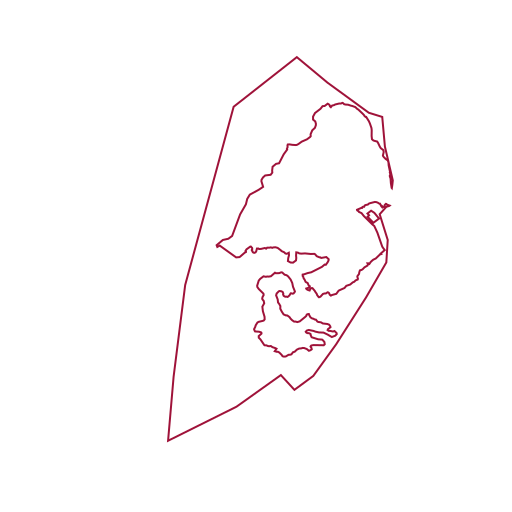 the district of Zemam Out, Al Fayyum, Egypt, rotated 320°
{"feature_id": "37247803B45128523411897", "entity_name": "Zemam Out", "entity_type": "district", "adm_level": 2, "iso_a3": "EGY", "parent_name": "Egypt", "parent_adm1": "Al Fayyum", "projection": "orthographic", "projection_center": [30.662, 29.347], "detail": "fine", "context": "isolated", "style": "outline", "palette": "rose", "viewbox_px": 512, "rotation_deg": 320, "n_neighbors": 0, "source": "geoboundaries", "source_scale": "gbopen_adm2", "svg_char_len": 6131}
<svg xmlns="http://www.w3.org/2000/svg" viewBox="0 0 512 512"><g transform="rotate(320 256 256)"><path d="M390.8,303.3L389.8,301.6L389.3,300.5L389.3,299.9L389.0,299.5L387.3,299.7L386.6,300.4L385.4,300.6L384.9,300.1L384.7,299.0L384.0,299.5L384.0,298.1L384.6,295.8L384.3,295.7L383.6,293.5L382.9,292.2L381.8,291.0L377.0,288.7L376.0,288.4L374.7,288.5L372.9,287.5L371.8,287.2L370.5,287.8L369.7,287.1L369.0,286.9L368.3,287.4L367.4,286.8L363.1,285.5L362.9,285.8L362.9,286.5L363.4,287.6L363.2,288.4L364.4,291.0L364.3,294.7L365.4,306.4L365.9,309.0L364.0,316.1L358.9,329.5L358.6,330.7L358.4,334.2L353.1,334.3L353.1,335.0L351.8,334.5L346.1,334.9L343.5,334.2L341.6,334.2L340.0,334.3L337.6,335.0L337.4,334.7L337.4,333.9L336.7,333.3L336.4,334.4L335.3,335.0L331.8,334.4L329.2,334.7L327.8,334.5L326.6,333.8L326.2,333.9L324.6,334.9L323.4,336.0L320.8,336.6L320.3,337.0L319.5,338.9L318.8,339.4L316.6,338.7L314.7,338.9L313.2,338.4L309.8,338.4L306.0,336.9L303.2,337.4L297.7,335.8L296.9,335.7L293.2,336.6L290.4,335.3L288.8,334.6L287.9,334.5L287.6,333.1L288.1,331.4L287.9,330.3L287.5,329.8L285.4,329.6L284.3,328.7L282.9,328.1L279.2,328.6L277.7,328.1L277.6,327.8L277.7,325.3L278.2,324.0L278.4,321.4L278.6,320.5L278.6,317.0L278.3,316.5L277.5,316.2L276.3,316.2L274.9,316.9L274.0,315.5L273.4,313.9L273.6,313.2L276.3,314.3L277.5,314.1L277.8,313.7L277.4,312.6L278.2,309.8L277.6,308.5L277.4,307.6L278.1,305.1L278.1,303.9L278.9,302.1L278.9,301.3L279.4,300.7L279.8,300.2L280.1,300.3L280.9,300.9L284.4,302.2L287.9,304.0L299.5,306.7L303.1,306.7L303.8,307.6L306.7,306.9L308.6,306.1L309.4,305.4L309.6,305.2L309.2,302.0L304.7,299.4L304.3,298.2L303.8,297.9L302.4,295.2L302.4,292.8L302.1,291.9L299.3,289.7L295.2,285.5L292.2,283.3L290.8,281.8L290.3,280.4L289.2,279.1L286.9,281.5L285.6,283.4L283.8,285.1L280.1,284.9L278.3,283.2L277.2,280.4L279.4,278.3L281.8,276.6L283.2,274.6L281.3,274.2L280.7,273.8L280.1,272.8L280.0,271.3L278.7,268.6L278.7,267.7L277.8,263.7L276.5,261.8L274.7,260.5L273.7,260.2L272.9,258.9L271.7,258.3L269.9,256.8L268.5,256.9L268.3,256.6L268.0,255.6L264.4,253.8L262.8,252.6L262.7,251.9L261.5,250.9L259.1,252.6L258.0,252.9L256.9,252.6L256.2,251.8L256.0,251.0L256.4,250.1L256.3,249.3L256.5,248.8L256.7,248.6L257.6,248.3L258.2,247.3L258.1,245.4L257.5,245.1L253.0,244.8L251.2,245.4L251.1,246.3L250.9,246.5L249.5,246.2L243.3,246.3L242.6,246.2L239.9,244.3L234.9,224.7L232.2,224.2L232.8,222.4L240.9,222.4L245.9,225.0L250.6,225.3L270.6,213.9L281.5,209.9L286.0,206.6L290.7,205.0L300.5,207.0L305.9,207.6L308.2,202.2L309.2,201.2L311.9,200.3L314.8,200.2L319.4,203.2L322.1,202.6L323.3,200.9L326.1,198.3L330.6,198.3L333.3,199.8L342.6,195.9L348.3,194.5L348.5,193.8L350.2,192.9L351.1,191.6L352.0,191.0L353.4,192.0L355.2,194.1L357.7,196.5L358.6,197.1L360.4,197.5L364.6,197.8L370.1,199.4L374.0,199.6L374.9,199.4L376.1,197.8L379.1,196.3L379.8,195.9L383.5,195.7L385.9,194.3L386.9,193.2L387.9,191.0L387.4,188.2L389.3,185.9L393.1,184.4L400.0,184.7L403.3,184.0L405.0,185.2L408.8,185.4L409.3,186.8L409.3,188.2L408.8,188.9L409.0,190.1L411.0,189.7L412.8,190.6L414.0,190.8L417.6,192.6L419.1,193.8L420.6,194.2L420.9,194.7L421.1,196.4L421.9,197.5L423.8,199.3L425.5,202.1L426.1,202.8L427.8,205.8L428.1,208.5L428.5,209.5L429.2,215.6L429.3,217.6L429.1,218.6L429.4,220.1L429.8,220.3L429.1,225.4L428.4,227.8L426.7,232.2L425.5,234.0L421.7,238.4L419.9,241.1L420.1,242.7L420.6,243.7L422.4,246.2L422.2,247.8L421.1,252.0L420.9,253.7L421.6,256.6L420.7,258.4L417.8,260.6L417.6,261.1L417.5,262.3L417.7,265.0L418.4,267.5L417.6,269.5L415.9,271.8L412.7,277.8L412.2,278.0L412.0,278.6L411.1,280.1L410.2,280.4L409.6,281.2L408.9,283.1L406.2,286.8L403.7,291.0L403.7,291.3L406.2,289.1L409.4,286.0L425.1,255.0L442.1,230.6L434.5,218.8L422.2,169.2L415.1,129.9L334.8,127.3L183.1,232.7L115.4,295.4L69.9,341.0L144.2,358.9L198.5,363.2L199.4,383.2L222.8,384.7L260.5,375.2L313.6,358.5L351.7,344.7L367.2,328.4L377.6,303.5L387.5,302.1L390.3,303.3L390.8,303.3ZM254.4,281.1L259.8,281.0L260.0,281.8L261.9,283.4L262.9,284.1L264.8,284.7L265.5,285.5L265.9,288.7L267.1,290.4L267.5,292.2L267.4,296.3L266.4,300.0L264.6,303.3L263.0,308.2L262.1,308.6L260.6,308.8L259.7,308.3L259.1,307.3L258.6,306.9L256.2,307.7L253.9,307.7L253.1,306.6L252.2,306.0L251.6,304.3L252.1,302.8L252.8,302.3L253.3,300.7L252.8,299.4L251.6,298.0L250.8,297.7L247.7,298.0L246.1,299.1L244.7,303.2L243.0,305.8L243.0,307.3L242.5,310.0L240.7,312.0L240.0,315.2L239.6,318.5L240.8,320.9L241.5,321.3L241.9,322.2L242.4,324.5L242.2,326.1L242.4,328.4L243.0,330.7L244.1,331.6L245.2,333.2L247.5,334.2L254.6,334.3L256.0,334.2L257.2,333.5L258.5,333.9L259.2,334.4L258.8,335.4L258.3,338.0L258.9,340.0L259.7,341.0L260.1,342.3L261.0,343.3L260.9,345.7L261.4,346.7L262.2,347.5L263.2,348.7L263.8,350.6L267.0,354.0L267.9,355.7L267.7,357.6L267.3,358.4L264.0,358.3L263.2,358.8L263.6,360.1L264.8,361.2L266.4,363.3L267.9,363.9L268.2,366.8L267.7,367.7L265.5,368.0L262.0,366.8L260.4,362.3L258.5,358.1L255.1,355.0L252.8,352.0L252.0,350.5L248.9,346.6L247.1,345.8L245.4,346.0L245.3,346.8L245.7,348.0L246.9,349.1L247.5,350.3L247.6,351.0L247.0,351.8L246.4,354.0L250.1,359.8L252.9,362.5L253.1,363.7L253.1,365.9L251.9,367.8L250.5,367.9L242.9,361.3L241.4,360.4L240.6,360.1L239.6,360.4L239.3,362.3L238.7,363.3L237.2,363.2L235.6,362.6L235.1,359.9L233.7,357.4L232.6,356.4L231.2,355.8L229.5,354.6L227.1,354.0L224.1,354.2L222.5,353.5L219.9,354.1L218.6,353.5L217.4,352.6L214.2,352.1L212.7,351.0L212.1,350.2L211.9,349.3L212.1,348.4L211.8,344.9L211.2,343.4L210.3,342.7L209.2,341.0L212.1,340.2L211.6,339.0L210.0,336.4L209.5,334.5L208.1,333.6L207.3,332.7L206.5,331.1L205.3,330.1L205.1,329.5L205.8,322.7L205.6,320.4L206.6,319.1L210.2,319.0L210.7,318.6L210.8,318.0L210.8,317.7L209.6,315.9L206.8,313.2L207.0,312.1L207.5,310.8L209.9,309.8L211.2,308.9L214.3,307.9L215.6,308.1L219.6,310.1L220.5,310.4L221.9,310.1L223.5,308.0L225.8,302.7L228.3,298.9L231.9,297.5L233.1,295.2L233.0,294.2L233.2,292.8L234.5,291.7L236.8,290.8L237.5,289.6L236.9,283.0L237.1,280.6L237.8,279.5L242.3,276.6L244.5,276.2L248.7,276.4L250.2,278.3L251.4,278.9L252.4,279.9L254.4,281.1ZM374.4,299.0L374.3,306.4L367.3,306.0L366.7,297.7L368.8,297.5L368.7,295.1L373.3,295.3L374.4,299.0Z" fill="none" stroke="#9f1239" stroke-width="2"/></g></svg>